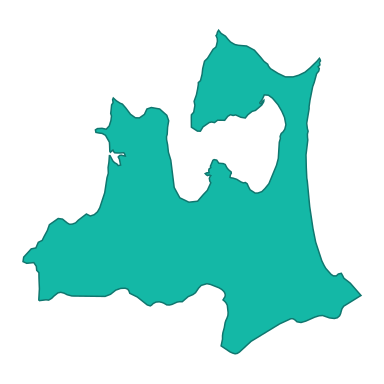 SVG path tracing the border of Aomori
{"feature_id": "JPN-1863", "entity_name": "Aomori", "entity_type": "Prefecture", "adm_level": 1, "iso_a3": "JPN", "parent_name": "Japan", "parent_adm1": "", "projection": "equal_earth", "projection_center": [140.822, 40.879], "detail": "fine", "context": "isolated", "style": "filled", "palette": "teal", "viewbox_px": 384, "rotation_deg": 0, "n_neighbors": 0, "source": "natural_earth", "source_scale": "10m", "svg_char_len": 4466}
<svg xmlns="http://www.w3.org/2000/svg" viewBox="0 0 384 384"><path d="M39.0,300.8L38.8,299.5L39.4,288.9L39.0,278.3L38.9,272.7L36.7,270.3L36.3,266.3L33.8,262.6L26.7,263.3L23.0,261.6L23.7,257.1L27.4,253.1L31.2,248.9L35.9,247.9L38.3,242.3L42.2,240.4L44.1,236.5L47.3,230.6L49.4,224.7L58.2,218.5L62.5,219.1L67.3,223.0L69.6,224.3L72.3,224.1L75.6,222.9L78.4,220.1L86.4,214.0L90.3,216.0L94.2,214.7L97.5,211.8L99.8,207.7L104.7,192.8L107.0,177.7L108.3,173.3L108.1,167.4L108.9,162.3L109.4,155.6L110.0,155.6L112.9,161.0L114.6,162.7L116.9,164.0L118.2,165.6L120.6,165.1L119.4,159.2L118.2,157.0L119.6,155.5L121.2,155.1L123.2,155.7L125.3,156.0L124.7,154.0L123.7,152.7L120.0,153.0L118.0,153.0L114.7,152.8L113.6,151.6L112.9,150.1L111.6,151.2L110.4,152.3L109.8,151.3L109.6,145.2L109.4,142.2L105.5,135.3L102.1,133.4L98.9,133.0L95.9,132.4L95.4,129.9L97.4,128.6L102.0,128.3L106.2,129.2L109.2,126.0L110.9,120.6L111.5,116.0L110.7,113.5L111.0,111.0L111.6,104.9L113.1,102.6L112.6,99.6L113.3,98.0L116.4,100.8L120.1,103.2L122.4,104.1L125.7,107.9L130.5,114.3L135.4,117.8L139.4,117.9L144.4,114.4L146.9,109.0L151.3,107.5L159.7,109.0L166.8,115.3L168.7,120.8L167.6,127.2L167.2,134.3L166.5,136.7L166.6,139.7L167.6,144.8L168.4,152.2L170.8,160.2L174.2,187.5L179.8,197.8L188.9,202.2L197.6,201.2L203.4,194.5L207.3,190.4L210.8,182.8L209.8,181.1L209.3,178.3L210.1,176.5L210.8,175.6L209.3,175.0L207.6,175.6L206.4,174.9L205.2,173.6L206.8,172.8L209.1,172.6L208.7,170.7L209.0,169.0L210.8,167.6L210.4,166.1L211.0,164.9L212.9,160.3L214.1,159.6L216.7,160.1L218.8,163.2L223.3,163.6L225.2,164.5L226.8,167.6L228.4,169.6L231.2,172.0L231.3,173.4L230.9,173.9L230.8,174.0L230.3,175.3L230.0,177.3L230.9,177.8L233.0,178.1L236.7,179.3L241.1,182.0L243.4,182.9L245.4,182.5L247.2,183.8L248.3,186.4L250.1,189.8L251.8,190.9L255.2,193.1L258.0,193.0L261.9,191.6L264.9,188.6L268.9,183.7L276.5,165.3L278.3,158.4L279.3,142.2L280.4,138.5L280.1,136.4L281.2,133.5L283.2,131.7L284.8,129.2L285.9,124.7L284.5,117.4L281.8,111.2L278.0,104.7L272.5,98.2L268.4,95.2L264.3,94.9L262.7,98.4L261.5,100.5L259.8,102.6L260.0,103.5L261.1,103.8L262.2,102.1L263.4,100.6L263.9,100.2L263.9,101.0L263.5,102.2L261.7,105.1L255.5,110.4L252.1,111.4L247.9,114.7L245.3,118.0L240.9,117.3L235.6,114.9L233.1,115.5L230.5,114.7L227.8,116.3L224.7,120.3L217.6,120.2L214.5,122.6L211.6,122.0L209.3,122.5L203.0,126.9L200.4,131.2L197.4,131.1L191.4,127.2L191.3,117.6L191.4,114.8L193.7,112.2L194.9,105.4L194.1,101.3L196.4,94.9L197.6,89.0L198.3,84.6L198.3,82.6L200.5,80.6L202.1,74.1L202.7,68.6L204.5,61.2L207.5,58.3L213.1,49.3L215.8,47.2L216.3,46.0L217.4,41.3L217.2,38.3L216.0,35.6L216.8,34.7L217.4,32.2L218.6,30.2L221.1,33.4L225.5,36.2L228.0,39.3L230.5,42.0L233.2,43.6L235.1,44.6L238.5,45.3L246.6,46.0L254.4,50.2L260.9,57.6L264.0,61.4L267.7,64.2L268.5,66.2L270.5,68.7L278.0,73.4L285.4,76.9L293.1,76.9L298.8,75.2L305.0,72.2L310.1,67.9L314.0,64.1L317.1,61.1L319.4,58.3L320.0,59.3L320.5,60.9L319.4,62.4L319.9,64.7L319.6,65.5L318.1,66.5L318.5,67.5L319.3,68.5L318.8,71.0L316.6,73.7L315.6,77.4L314.2,82.5L312.7,86.6L310.0,100.2L309.1,106.5L309.1,108.9L306.7,123.3L307.4,128.8L308.1,131.2L307.4,134.1L307.5,137.3L307.8,140.0L306.0,154.9L306.3,167.8L306.8,178.2L307.3,181.2L309.7,206.6L313.0,228.7L315.7,242.2L321.8,260.8L324.1,265.5L325.8,268.4L331.0,274.3L333.4,275.9L336.3,275.9L338.3,274.0L341.3,273.3L342.6,275.6L343.9,278.2L350.3,283.2L361.0,295.5L359.8,296.2L343.7,306.2L342.0,308.7L341.2,311.3L340.6,313.6L339.6,315.8L337.3,317.8L334.3,318.5L329.5,317.9L322.6,315.5L319.0,315.8L314.6,317.2L305.8,321.1L301.0,322.5L297.0,321.8L295.2,320.1L293.2,318.8L290.9,318.7L279.6,323.9L251.1,341.3L239.5,352.0L237.3,353.4L235.1,353.8L232.7,353.1L230.0,351.9L221.1,345.9L222.5,339.2L222.5,335.7L222.9,332.8L224.3,327.6L225.1,322.8L225.8,320.6L226.9,318.3L227.9,315.5L228.1,312.6L227.3,305.3L226.1,303.0L224.9,301.5L223.0,299.9L223.5,299.2L224.0,298.2L224.8,297.1L225.2,295.8L225.2,294.5L224.9,293.4L224.4,292.3L223.7,291.3L221.8,289.5L219.0,287.8L210.4,284.4L206.9,283.7L201.2,285.4L198.7,288.0L195.5,292.7L192.9,294.6L188.2,296.6L182.3,301.7L179.5,301.7L177.1,302.1L172.0,304.4L169.5,305.0L166.8,304.9L163.9,303.2L161.9,302.4L159.2,301.8L155.9,302.1L153.1,303.6L151.6,305.1L150.3,305.9L147.2,304.9L137.3,297.0L129.8,293.3L129.0,291.1L127.8,289.2L125.2,288.2L120.7,288.4L115.8,290.1L110.5,294.3L105.1,296.4L72.0,296.0L67.1,294.7L64.2,293.2L60.8,292.3L57.9,292.9L54.0,296.0L51.7,298.3L48.7,300.1L46.0,299.8L39.0,300.7L39.0,300.8Z" fill="#14b8a6" stroke="#0f766e" stroke-width="1.5"/></svg>